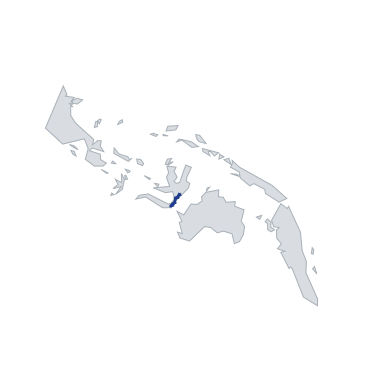 Donggala, Sulawesi Tengah, Indonesia (highlighted), rotated 203°
{"feature_id": "22746128B11403753934380", "entity_name": "Donggala", "entity_type": "district", "adm_level": 2, "iso_a3": "IDN", "parent_name": "Indonesia", "parent_adm1": "Sulawesi Tengah", "projection": "mercator", "projection_center": [119.813, -0.351], "detail": "fine", "context": "in_parent", "style": "filled", "palette": "blue", "viewbox_px": 384, "rotation_deg": 203, "n_neighbors": 0, "source": "geoboundaries", "source_scale": "gbopen_adm2", "svg_char_len": 6914}
<svg xmlns="http://www.w3.org/2000/svg" viewBox="0 0 384 384"><g transform="rotate(203 192 192)"><path d="M132.8,161.1L138.9,169.2L148.0,168.2L152.7,164.3L160.7,166.6L166.9,165.1L175.1,145.9L185.0,144.9L189.7,149.4L184.7,149.9L191.8,159.0L189.8,161.1L198.2,168.4L190.7,167.6L188.2,180.6L182.5,182.5L179.2,187.7L181.3,191.3L179.1,197.1L168.2,204.4L165.7,197.9L161.3,199.4L156.6,195.8L148.4,200.1L147.2,195.5L137.2,196.0L135.2,184.2L130.2,180.9L128.0,172.8L128.9,164.8L132.8,161.1ZM32.1,136.3L48.3,138.8L69.1,159.9L71.7,161.6L72.8,159.5L86.7,171.2L83.3,173.7L91.1,173.2L89.5,179.3L95.9,182.5L99.3,189.9L98.0,193.4L103.2,191.9L107.7,197.0L105.6,216.0L97.9,213.9L97.6,216.6L76.5,197.4L67.6,181.0L59.6,172.8L55.6,162.2L34.6,142.6L32.1,136.3ZM351.9,193.5L351.9,239.3L345.1,232.7L345.9,230.8L337.3,233.0L338.7,228.4L336.3,226.1L337.1,225.7L338.5,225.9L339.3,225.6L335.3,223.9L337.1,223.3L333.5,215.0L326.1,209.9L303.0,202.0L302.0,196.6L298.9,202.5L295.5,203.6L294.4,198.3L289.0,194.7L301.0,193.6L302.6,189.9L291.3,190.9L288.7,186.1L282.1,185.2L284.0,181.2L291.9,177.7L303.0,180.4L304.5,191.4L311.9,198.8L329.7,185.6L351.9,193.5ZM239.4,168.3L231.5,173.1L209.3,171.6L206.6,173.4L205.7,179.1L209.9,184.8L216.3,181.0L229.3,180.7L214.7,188.4L221.3,195.6L221.0,200.6L225.3,206.0L216.4,208.6L216.6,203.9L211.5,199.9L212.6,194.5L209.8,193.9L207.1,195.9L208.3,214.4L202.2,214.5L202.6,203.5L201.5,199.8L197.4,199.0L196.8,194.3L201.8,181.6L204.2,181.3L203.3,175.9L207.2,168.5L212.8,166.0L232.7,169.3L241.0,163.5L239.4,168.3ZM107.9,216.7L123.7,219.3L126.1,222.8L138.3,223.9L141.2,220.2L153.1,223.8L156.4,228.9L166.2,229.9L166.0,234.2L167.4,236.8L158.1,233.4L120.8,229.4L102.2,223.1L107.9,216.7ZM259.3,169.3L266.0,164.3L263.0,170.1L267.5,173.7L260.4,173.2L264.2,181.5L259.0,176.9L257.2,167.3L261.4,159.9L259.3,169.3ZM262.6,195.3L279.2,197.1L280.8,202.2L274.1,198.5L264.8,199.4L262.1,197.3L260.5,199.7L262.6,195.3ZM224.7,235.7L212.5,238.0L203.9,236.3L209.5,233.0L221.5,235.8L225.7,232.1L224.7,235.7ZM189.6,232.4L197.8,233.5L199.2,236.1L182.8,238.5L185.4,233.9L191.1,236.5L192.9,235.5L189.6,232.4ZM239.7,238.0L240.0,243.1L230.7,247.7L231.2,242.8L239.7,238.0ZM107.7,186.9L110.0,192.5L113.1,193.2L112.1,196.7L107.4,195.0L105.9,190.5L101.3,189.5L103.6,186.3L107.7,186.9ZM334.8,233.3L328.7,234.1L331.7,228.3L336.5,227.1L338.0,229.2L334.8,233.3ZM205.4,241.1L209.2,243.5L210.9,246.3L207.1,247.2L198.0,242.1L205.4,241.1ZM253.2,196.8L255.8,200.7L252.0,202.0L247.6,199.2L247.8,197.0L253.2,196.8ZM166.6,232.5L175.2,234.2L171.3,237.4L166.6,232.5ZM180.1,232.8L181.4,237.6L176.3,236.9L180.1,232.8ZM122.9,194.1L118.7,197.7L119.0,193.2L122.9,194.1ZM307.1,213.2L308.1,219.3L306.2,219.6L304.6,215.2L307.1,213.2ZM163.8,224.0L157.2,225.9L154.4,224.8L163.8,224.0ZM227.5,207.1L227.5,212.6L223.8,214.9L225.2,207.6L227.5,207.1ZM45.0,165.3L51.0,168.4L50.2,171.3L45.0,165.3ZM59.6,187.7L57.3,186.5L56.2,182.0L58.0,181.9L59.6,187.7ZM284.4,231.3L283.1,229.1L286.7,225.1L286.5,228.7L284.4,231.3ZM277.7,175.8L284.5,177.3L276.8,176.7L277.7,175.8ZM236.1,186.8L242.4,188.4L235.5,188.2L236.1,186.8ZM224.6,209.8L221.2,212.5L224.2,207.6L224.6,209.8ZM312.8,179.8L316.4,180.3L319.7,182.9L316.5,183.5L312.8,179.8ZM252.8,229.0L250.5,231.0L245.8,231.2L247.0,229.0L252.8,229.0ZM306.9,220.4L305.4,223.2L303.8,223.1L303.9,218.6L306.9,220.4ZM262.3,186.9L258.1,187.3L257.0,186.4L258.7,184.6L262.3,186.9ZM313.4,186.4L318.5,186.8L323.4,187.8L318.7,188.5L313.4,186.4ZM225.6,183.5L229.8,185.4L225.5,186.3L225.6,183.5ZM265.5,159.7L262.7,159.2L265.4,157.1L265.5,159.7ZM235.9,234.3L240.6,232.6L241.1,233.7L235.9,234.3ZM277.6,187.1L276.9,189.6L273.3,188.3L275.1,187.5L277.6,187.1ZM179.5,201.6L177.7,203.3L179.2,198.0L179.5,201.6ZM258.2,177.5L260.4,180.9L259.5,181.4L256.3,178.7L258.2,177.5Z" fill="#d9dde1" stroke="#a8b0b8" stroke-width="1"/><path d="M206.2,170.0L205.9,170.1L205.7,170.2L205.6,170.3L205.5,170.2L205.5,170.4L205.5,170.5L205.4,170.6L205.5,171.0L205.5,171.4L205.6,171.5L205.3,171.9L205.0,171.9L204.9,171.9L204.7,171.9L204.6,172.0L204.4,172.0L204.5,172.3L204.5,172.5L204.2,172.8L204.3,173.0L204.5,173.2L204.6,173.5L204.5,173.8L204.3,173.7L204.2,173.7L203.9,173.6L203.7,173.7L203.7,173.8L203.8,174.0L204.1,174.2L204.1,174.3L204.3,174.4L204.3,174.5L204.4,174.9L204.5,175.3L204.4,175.4L204.3,175.6L204.2,175.9L204.0,176.1L203.9,176.0L203.7,176.0L203.7,175.8L203.6,175.7L203.5,175.8L203.4,175.7L203.5,175.5L203.4,175.4L203.0,175.2L202.9,175.1L203.0,175.2L202.9,175.4L202.7,175.3L202.6,175.5L202.8,175.7L202.8,175.8L202.9,176.0L203.1,176.1L203.3,176.3L203.4,176.2L203.6,176.1L203.8,176.1L203.9,176.3L204.0,176.5L203.9,176.7L203.8,177.0L203.7,177.2L203.7,177.4L203.6,177.6L203.5,177.8L203.6,178.0L203.6,178.3L203.6,178.5L203.6,178.8L203.7,179.0L203.8,179.1L203.8,179.3L204.0,179.6L203.9,179.8L204.0,179.9L204.0,180.1L204.3,179.9L204.6,179.7L204.8,179.7L204.7,179.8L204.4,180.0L204.7,180.1L205.0,180.0L204.9,180.1L205.0,180.1L204.9,180.2L204.6,180.3L204.4,180.3L204.5,180.5L204.4,180.6L204.5,180.6L204.7,180.8L204.9,180.8L205.1,180.9L205.4,180.8L205.5,180.9L205.5,181.2L205.5,180.9L205.4,180.7L205.5,180.4L205.4,180.3L205.4,180.2L205.5,180.2L205.4,179.9L205.4,179.7L205.3,179.4L205.2,179.3L205.1,179.2L204.9,179.1L204.9,178.9L204.9,178.5L204.8,178.4L204.7,178.3L204.7,178.1L204.7,177.8L204.7,177.7L204.8,177.6L204.7,177.5L204.8,177.4L204.7,177.3L204.6,177.2L204.7,176.9L204.8,176.7L204.7,176.5L204.7,176.4L204.6,176.2L204.8,176.0L204.9,175.7L204.9,175.4L204.9,175.1L205.0,175.0L204.9,174.9L205.0,174.7L205.3,174.5L205.3,174.4L205.5,174.3L205.6,174.2L205.8,173.9L206.0,173.7L205.9,173.6L205.8,173.3L205.7,173.3L205.6,173.2L205.7,172.9L205.8,172.8L205.8,172.7L206.1,172.5L206.2,172.4L206.1,172.2L206.3,172.0L206.4,171.7L206.5,171.5L206.6,171.3L206.7,171.2L206.6,170.8L206.7,170.5L206.6,170.3L206.3,170.2L206.2,170.0ZM203.9,180.9L203.8,180.6L203.7,180.5L203.7,180.2L203.5,179.9L203.4,179.8L203.4,179.7L203.4,179.8L203.2,180.0L202.9,180.3L203.0,180.3L203.1,180.5L202.9,180.6L202.9,180.8L202.8,180.7L202.6,180.8L202.6,181.0L202.4,181.2L202.2,181.2L202.2,181.3L202.3,181.3L202.2,181.3L202.3,181.3L202.2,181.5L202.1,181.8L202.2,182.1L202.2,182.3L202.3,182.4L202.3,182.5L202.3,182.8L202.4,183.1L202.5,183.1L202.5,183.3L202.3,183.3L202.2,183.6L202.1,183.8L201.9,184.0L201.6,184.3L201.8,184.3L202.0,184.3L201.9,184.4L201.8,184.5L201.7,184.5L201.4,184.6L201.4,184.8L201.6,185.0L201.8,185.0L201.9,185.3L202.0,185.2L202.1,185.3L202.1,185.2L202.1,185.3L202.3,185.2L202.5,185.0L202.8,185.1L203.0,185.3L202.9,185.3L203.0,185.3L203.3,185.3L203.4,185.2L203.5,185.2L203.5,184.9L203.4,184.8L203.4,184.7L203.5,184.5L203.5,184.3L203.5,184.1L203.5,183.9L203.7,183.7L203.8,183.5L203.8,183.3L203.9,183.2L203.9,182.9L203.7,182.5L203.6,182.4L203.4,182.4L203.2,182.4L202.9,182.2L202.9,181.9L203.0,181.8L203.4,181.5L203.5,181.7L203.8,181.6L203.7,181.5L203.6,181.3L203.6,181.1L203.8,181.0L203.9,180.9ZM204.3,171.5L204.2,171.6L204.3,171.6L204.3,171.5Z" fill="#3b82f6" stroke="#1e3a8a" stroke-width="1.5"/></g></svg>